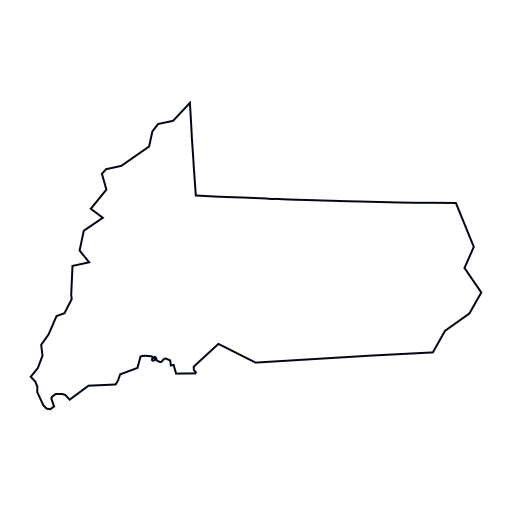 Wicomico, Maryland, United States of America
{"feature_id": "52423323B57942162225750", "entity_name": "Wicomico", "entity_type": "district", "adm_level": 2, "iso_a3": "USA", "parent_name": "United States of America", "parent_adm1": "Maryland", "projection": "natural_earth1", "projection_center": [-75.697, 38.394], "detail": "fine", "context": "isolated", "style": "outline", "palette": "ink", "viewbox_px": 512, "rotation_deg": 0, "n_neighbors": 0, "source": "geoboundaries", "source_scale": "gbopen_adm2", "svg_char_len": 1515}
<svg xmlns="http://www.w3.org/2000/svg" viewBox="0 0 512 512"><path d="M255.6,362.6L371.0,355.6L432.9,352.4L445.0,330.8L469.4,313.5L481.3,292.5L464.5,268.0L473.8,246.9L455.9,203.0L445.1,202.9L433.8,202.8L417.2,202.8L416.3,202.8L404.4,202.6L394.1,202.4L391.4,202.3L355.3,201.4L354.0,201.4L338.6,201.0L336.5,200.9L322.9,200.5L321.9,200.5L313.7,200.2L295.0,199.7L294.4,199.7L284.0,199.3L277.0,198.9L272.7,199.0L270.0,198.9L266.3,198.5L242.4,197.5L229.5,197.1L218.5,196.7L216.4,196.6L195.8,195.5L193.7,165.8L193.5,162.0L191.9,138.5L190.9,119.5L190.9,119.4L189.9,102.9L173.1,120.8L158.1,124.0L152.4,131.4L149.1,146.5L121.4,165.8L111.7,168.0L106.2,169.1L101.9,173.8L106.4,189.6L90.8,208.8L102.8,217.8L83.8,230.7L79.6,250.5L89.1,262.3L72.5,265.9L71.2,294.9L71.7,299.1L64.5,313.2L56.5,316.1L48.6,334.4L41.2,344.8L42.5,355.7L37.8,368.1L30.7,376.8L35.3,381.6L37.4,387.0L37.2,392.0L43.4,405.4L46.7,408.7L50.4,409.2L54.1,406.4L51.3,398.6L52.0,396.8L55.7,394.0L62.2,394.0L65.4,395.0L69.6,399.7L88.5,385.7L115.6,384.5L118.1,380.3L120.1,374.4L137.5,367.9L140.5,356.5L142.8,355.9L145.4,355.8L148.3,356.0L151.0,356.3L152.1,356.6L152.5,356.9L152.7,357.7L152.0,359.4L152.1,360.2L152.9,360.7L154.5,360.3L154.9,359.8L154.8,358.9L154.3,357.8L154.7,357.0L155.3,357.1L156.0,358.0L156.5,359.7L157.3,360.9L160.4,362.1L161.3,361.9L163.5,359.5L164.8,358.7L165.7,358.5L170.2,360.4L170.9,365.5L173.6,364.9L176.1,373.6L195.3,373.4L195.9,372.3L193.8,369.9L193.8,366.6L218.4,343.9L255.6,362.6Z" fill="none" stroke="#020617" stroke-width="2"/></svg>